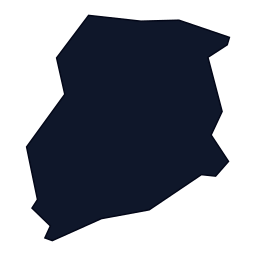 Fangak, Jonglei, South Sudan (Robinson projection)
{"feature_id": "79223893B14796875108361", "entity_name": "Fangak", "entity_type": "district", "adm_level": 2, "iso_a3": "SSD", "parent_name": "South Sudan", "parent_adm1": "Jonglei", "projection": "robinson", "projection_center": [30.661, 9.044], "detail": "fine", "context": "isolated", "style": "filled", "palette": "ink", "viewbox_px": 256, "rotation_deg": 0, "n_neighbors": 0, "source": "geoboundaries", "source_scale": "gbopen_adm2", "svg_char_len": 399}
<svg xmlns="http://www.w3.org/2000/svg" viewBox="0 0 256 256"><path d="M44.9,237.9L52.3,240.6L101.4,218.6L149.2,209.8L201.4,174.6L215.6,176.1L228.5,161.4L211.1,135.0L222.1,111.5L207.9,57.3L227.2,44.8L229.4,37.4L178.9,20.2L141.0,21.2L88.6,15.4L65.1,46.6L56.6,57.9L64.8,94.3L26.6,146.9L28.9,158.1L37.5,199.6L32.0,208.1L50.4,225.9L44.9,237.9Z" fill="#0f172a" stroke="#020617" stroke-width="1.5"/></svg>